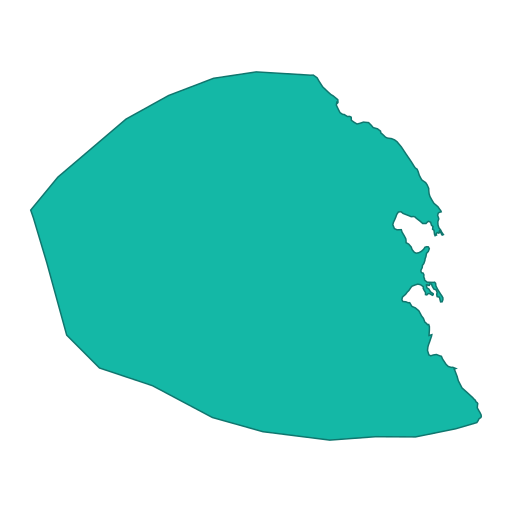 Hurghada 2, Al Bahr al Ahmar, Egypt (Mercator projection)
{"feature_id": "37247803B98457599359411", "entity_name": "Hurghada 2", "entity_type": "district", "adm_level": 2, "iso_a3": "EGY", "parent_name": "Egypt", "parent_adm1": "Al Bahr al Ahmar", "projection": "mercator", "projection_center": [33.498, 27.742], "detail": "fine", "context": "isolated", "style": "filled", "palette": "teal", "viewbox_px": 512, "rotation_deg": 0, "n_neighbors": 0, "source": "geoboundaries", "source_scale": "gbopen_adm2", "svg_char_len": 3616}
<svg xmlns="http://www.w3.org/2000/svg" viewBox="0 0 512 512"><path d="M476.8,422.6L477.9,421.0L479.0,418.8L480.9,417.5L481.3,416.3L481.1,415.1L481.1,414.9L480.1,412.8L478.7,410.4L477.3,407.9L477.5,405.0L477.6,404.4L477.8,403.9L477.3,402.8L475.8,401.6L475.4,400.3L473.8,398.9L472.8,397.7L469.3,394.5L469.0,394.2L462.0,387.9L458.3,380.7L457.3,377.1L457.3,376.9L454.7,370.1L454.2,369.1L455.8,368.5L452.8,367.3L451.4,367.4L448.3,366.5L447.6,365.8L446.1,364.4L442.6,359.1L441.4,356.3L441.1,356.2L440.0,355.9L436.4,354.5L433.2,355.0L432.1,355.4L430.7,355.8L428.8,354.8L428.8,354.6L427.5,350.5L427.9,346.9L428.6,344.5L429.5,342.1L431.5,336.2L431.8,334.7L429.0,335.5L429.4,330.1L429.4,326.6L428.7,324.5L427.5,324.7L426.7,323.6L424.8,322.0L423.4,318.3L421.6,316.0L418.9,310.9L415.4,307.9L411.9,306.4L409.7,302.7L408.0,302.7L405.9,301.8L402.8,301.5L401.9,299.7L402.4,297.2L403.5,296.1L404.4,295.4L405.7,294.2L407.3,292.0L408.8,290.6L411.1,287.2L412.2,286.1L415.6,284.8L417.8,284.1L420.5,284.7L423.3,286.7L423.2,288.4L424.1,290.2L425.5,292.5L425.5,294.6L426.8,294.9L427.4,294.3L428.2,293.6L429.4,293.5L432.4,295.3L433.2,294.7L433.2,293.7L430.6,291.9L428.8,289.0L426.9,287.8L426.4,284.9L427.1,284.6L428.3,285.4L429.4,285.4L429.4,284.4L429.8,283.9L431.5,284.2L432.3,286.4L433.9,289.1L436.0,289.8L437.1,292.4L436.7,294.4L437.1,296.6L439.4,297.2L440.6,301.9L442.1,301.8L442.9,299.7L442.9,297.8L441.8,295.8L440.4,293.8L437.5,289.1L435.9,285.9L435.6,283.3L434.6,282.2L433.3,282.4L430.0,282.3L427.2,282.2L424.6,280.1L424.5,278.7L423.8,277.1L423.9,274.8L423.1,273.1L421.5,272.7L420.8,271.0L421.3,269.4L422.2,267.7L422.5,265.3L423.8,263.6L424.9,260.5L425.1,258.8L425.9,256.7L426.5,253.4L428.3,251.4L429.3,248.7L428.4,246.9L426.8,246.7L425.0,247.2L423.7,249.2L421.4,251.3L418.9,252.7L416.2,253.2L414.3,252.3L412.1,249.6L411.2,247.0L408.7,244.1L406.1,242.7L406.0,240.2L405.8,238.8L404.3,235.9L402.0,232.0L401.3,229.7L400.1,229.7L397.4,229.8L397.0,229.8L394.4,228.6L392.8,224.6L393.5,222.2L394.6,219.9L395.8,217.1L396.7,214.5L398.4,212.0L400.6,211.8L401.1,211.8L403.0,213.4L405.8,214.5L408.9,215.7L411.2,216.7L413.6,216.5L415.1,217.0L416.1,218.1L420.0,221.1L422.7,223.5L426.0,223.5L427.2,222.2L428.4,221.3L430.6,222.2L431.5,225.3L432.9,226.5L432.6,229.2L434.0,230.3L434.5,234.3L435.1,235.7L436.5,235.0L436.0,234.2L437.2,232.5L438.6,233.1L438.9,232.9L439.7,232.7L439.2,231.5L439.5,230.8L440.9,231.6L441.5,234.2L442.2,235.1L443.4,234.6L442.4,233.2L441.6,232.0L440.7,230.1L438.9,227.8L438.0,225.0L437.8,221.9L438.1,220.8L438.5,219.6L438.8,219.0L438.5,217.8L437.6,215.4L438.2,213.2L439.2,212.4L441.2,211.8L440.7,210.5L439.8,209.5L437.9,206.7L436.6,205.6L433.9,203.3L431.7,199.7L429.9,196.4L429.1,193.7L428.8,190.9L428.7,188.4L427.1,184.8L425.7,182.7L421.9,180.0L420.9,178.4L419.3,175.3L418.1,171.5L417.1,169.2L415.2,167.9L413.8,165.8L411.4,161.9L405.6,153.4L401.4,147.0L397.0,141.7L394.6,139.9L391.5,138.6L387.6,138.1L385.5,137.2L383.6,135.3L381.4,133.3L380.9,133.1L380.5,131.1L377.5,128.8L373.2,127.6L371.2,125.2L368.6,122.6L363.4,122.1L359.9,123.3L357.0,124.0L354.0,122.2L351.4,120.3L351.3,119.0L351.2,117.2L349.7,116.4L347.4,116.5L345.6,115.4L344.2,114.5L342.7,114.4L340.0,112.6L338.4,109.5L336.4,105.3L336.5,103.8L336.8,102.3L337.6,103.0L338.0,102.3L337.8,99.7L333.1,95.8L331.0,94.6L328.4,92.3L322.7,86.9L319.1,81.3L317.1,77.8L313.3,75.1L309.9,75.2L309.3,75.1L256.2,71.9L213.5,78.3L168.6,95.5L126.0,119.1L57.9,177.1L30.7,210.1L33.5,218.2L46.8,262.7L66.2,333.3L66.7,335.1L99.5,368.0L152.5,385.7L212.4,417.5L262.9,431.7L329.8,440.1L375.6,436.7L415.6,436.9L455.6,428.8L476.8,422.6Z" fill="#14b8a6" stroke="#0f766e" stroke-width="1.5"/></svg>